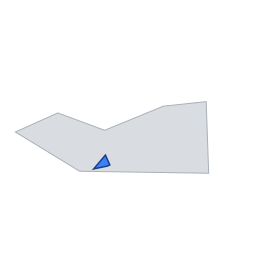 Seychelles, with Pointe La Rue highlighted, rotated 123°
{"feature_id": "SYC-5217", "entity_name": "Pointe La Rue", "entity_type": "state/province", "adm_level": 1, "iso_a3": "SYC", "parent_name": "Seychelles", "parent_adm1": "", "projection": "albers", "projection_center": [55.516, -4.673], "detail": "fine", "context": "in_parent", "style": "filled", "palette": "blue", "viewbox_px": 256, "rotation_deg": 123, "n_neighbors": 0, "source": "natural_earth", "source_scale": "10m", "svg_char_len": 385}
<svg xmlns="http://www.w3.org/2000/svg" viewBox="0 0 256 256"><g transform="rotate(123 128 128)"><path d="M190.6,145.0L192.7,220.3L153.6,195.1L142.7,146.4L90.4,110.2L63.3,76.8L122.0,35.7L190.6,145.0Z" fill="#d9dde1" stroke="#a8b0b8" stroke-width="1"/><path d="M168.9,123.1L171.2,124.6L181.0,134.5L163.0,132.2L168.9,123.1Z" fill="#3b82f6" stroke="#1e3a8a" stroke-width="1.5"/></g></svg>